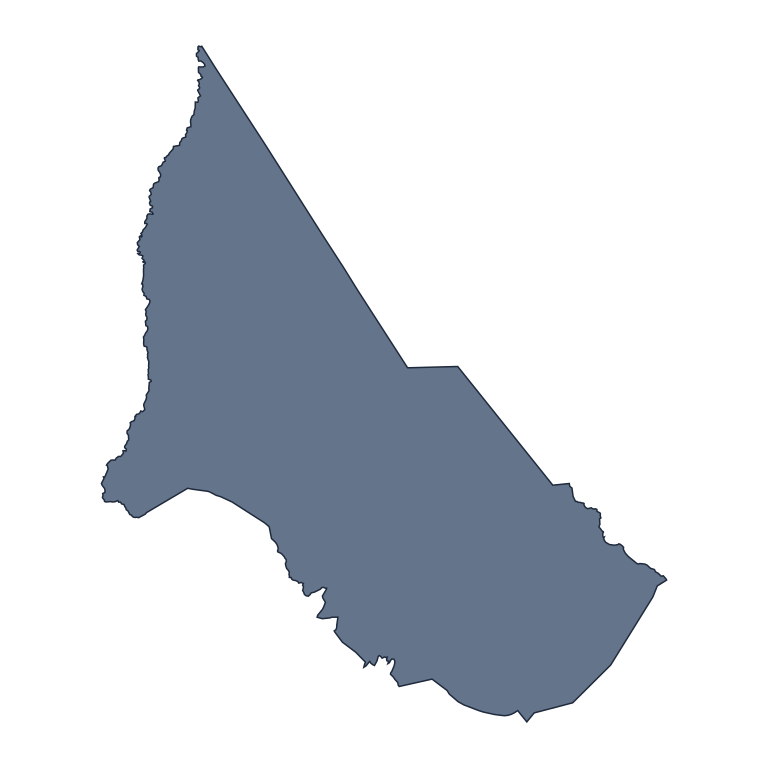 outline of Tiaty, Rift Valley, Kenya
{"feature_id": "3690345B93323191576602", "entity_name": "Tiaty", "entity_type": "district", "adm_level": 2, "iso_a3": "KEN", "parent_name": "Kenya", "parent_adm1": "Rift Valley", "projection": "mercator", "projection_center": [35.941, 1.145], "detail": "fine", "context": "isolated", "style": "filled", "palette": "slate", "viewbox_px": 768, "rotation_deg": 0, "n_neighbors": 0, "source": "geoboundaries", "source_scale": "gbopen_adm2", "svg_char_len": 6089}
<svg xmlns="http://www.w3.org/2000/svg" viewBox="0 0 768 768"><path d="M363.8,667.3L366.0,665.9L369.7,661.4L370.8,663.2L372.8,664.7L374.5,665.5L377.0,660.9L378.2,656.5L379.1,655.6L380.6,656.3L382.1,658.2L384.4,657.0L386.0,657.5L387.2,657.2L386.6,659.1L386.8,660.7L388.7,661.4L387.9,663.6L389.5,662.6L390.4,660.7L391.8,659.0L393.9,659.2L394.9,661.5L394.6,663.8L394.1,665.9L391.8,671.4L390.7,672.9L390.5,674.3L393.4,677.1L394.9,679.4L397.8,682.6L398.2,685.1L399.2,686.5L432.0,679.1L447.0,690.4L449.4,694.2L458.1,701.7L464.1,705.0L478.8,710.6L483.2,712.0L494.5,714.5L500.6,715.3L504.5,715.7L508.1,715.3L511.0,714.4L514.2,712.9L517.7,710.6L526.8,721.9L534.2,712.9L572.7,702.8L610.7,665.0L652.9,596.9L657.3,585.9L666.6,580.1L666.1,579.0L663.3,575.8L661.2,576.2L658.1,573.2L655.6,571.9L654.4,569.5L650.5,568.3L647.2,565.2L645.0,564.1L639.8,563.5L638.3,564.1L636.5,563.2L628.2,556.4L625.2,553.0L623.3,549.2L623.6,547.4L622.6,546.2L620.4,544.4L618.9,543.8L617.9,544.6L614.4,545.2L609.4,544.5L605.7,542.3L604.3,540.3L603.7,538.4L604.3,537.0L603.4,537.4L602.9,536.7L602.7,534.0L603.4,532.2L603.2,531.6L602.4,531.4L598.9,526.7L599.9,524.4L599.6,518.7L600.9,518.0L600.3,516.1L600.3,513.4L599.7,512.7L597.1,511.5L596.9,509.4L596.3,509.1L595.4,508.8L593.7,509.0L592.4,508.6L591.3,507.8L587.7,508.7L586.0,507.8L584.9,506.7L583.9,504.6L584.1,503.6L583.7,503.2L582.5,502.9L581.9,503.1L580.8,502.5L577.9,502.2L577.0,501.4L575.5,501.4L573.1,496.4L572.0,488.5L571.7,487.7L571.1,487.5L569.7,486.1L569.3,483.5L552.8,485.2L457.7,366.5L407.6,367.8L357.5,290.0L343.1,266.8L322.3,234.7L265.9,145.7L216.7,69.9L201.8,46.3L201.4,46.7L200.7,46.7L198.7,46.1L198.0,46.8L197.9,49.7L199.1,50.4L199.1,51.0L196.4,53.7L196.5,56.2L198.1,57.4L198.2,59.5L198.9,61.2L200.1,60.9L201.1,61.2L203.2,62.6L204.5,64.2L205.0,66.0L203.0,67.0L198.7,66.9L198.4,67.5L198.5,72.3L200.8,74.6L201.0,76.2L202.4,77.1L202.4,77.6L200.8,79.0L199.3,79.7L197.9,79.9L197.6,80.4L198.7,81.6L199.1,82.7L199.3,84.0L198.5,85.7L199.6,87.4L199.6,88.1L199.1,88.9L197.8,89.8L197.7,90.4L200.5,95.9L198.0,97.7L197.9,98.4L198.3,100.2L198.1,102.0L197.6,102.3L195.3,102.0L195.2,108.1L194.3,110.9L193.9,114.6L192.0,116.3L190.7,119.6L190.5,121.9L190.9,124.7L190.9,126.7L187.2,127.9L186.5,130.2L187.2,130.8L187.0,132.5L185.5,134.8L185.9,136.7L185.5,137.2L183.3,137.8L182.0,138.6L181.2,140.8L179.8,142.5L179.5,145.4L173.5,146.4L173.1,149.0L169.4,153.1L168.4,155.1L167.3,155.6L166.0,157.3L164.5,157.7L164.3,158.2L165.3,160.8L165.1,161.4L163.2,162.1L161.5,165.7L158.8,166.7L158.0,168.1L158.2,170.3L159.5,172.0L160.5,174.1L160.7,175.4L160.2,177.2L159.2,177.3L158.8,177.9L159.1,180.6L158.3,181.8L155.0,183.0L153.8,183.8L153.5,184.4L153.2,187.5L150.2,189.3L149.6,190.3L149.8,191.0L150.7,191.7L151.2,194.5L149.2,196.3L149.1,197.2L150.7,201.4L149.8,201.9L149.5,203.1L150.3,205.3L152.4,206.1L152.5,207.7L150.1,209.0L149.8,211.5L150.3,211.9L151.0,211.8L152.1,212.2L153.1,213.8L152.8,214.3L150.1,213.9L148.6,214.0L147.8,214.3L147.4,215.0L146.8,216.2L147.0,218.3L144.7,221.9L144.8,223.5L146.4,223.5L147.0,223.8L147.2,224.3L145.4,227.5L143.1,229.9L142.4,232.1L140.9,233.5L141.9,235.1L141.9,236.5L141.3,236.9L140.7,235.9L139.6,236.4L139.3,236.9L139.9,239.4L139.7,239.9L137.3,242.6L137.6,244.7L138.1,245.4L139.3,246.4L137.2,249.9L137.2,250.4L138.0,251.7L139.3,251.4L140.1,251.9L140.2,252.6L139.9,253.1L137.9,253.7L139.2,254.9L141.4,255.2L142.7,255.7L142.8,256.4L142.0,258.4L144.0,260.2L144.1,261.0L142.9,261.8L143.3,262.4L144.7,262.0L145.3,262.4L145.4,263.2L143.6,265.1L143.5,265.8L143.8,267.4L143.5,269.1L143.6,275.7L142.9,280.4L141.7,283.9L142.5,284.0L142.9,286.4L142.1,289.0L142.4,290.6L143.1,292.0L144.1,293.2L143.9,295.4L146.0,296.3L146.9,299.0L149.1,299.4L150.0,301.0L149.6,302.9L148.4,305.3L145.4,309.7L146.3,311.9L145.7,313.7L145.9,315.7L146.9,316.9L146.9,319.8L145.4,321.2L145.9,325.7L147.5,326.4L147.9,328.7L147.2,330.9L145.5,333.2L144.7,335.2L143.4,337.1L143.8,339.1L143.6,344.1L144.2,346.3L146.1,346.6L147.1,347.5L146.9,349.4L148.0,352.7L147.5,354.3L147.7,356.0L147.4,357.6L148.8,361.6L148.6,366.1L148.8,367.9L148.2,369.6L148.5,373.9L148.0,374.7L148.4,377.2L148.3,379.1L150.8,380.0L151.3,381.3L149.3,382.4L148.8,388.8L149.0,390.7L146.2,395.1L146.6,397.4L145.8,400.0L143.9,403.9L143.7,405.4L144.8,409.4L143.7,410.8L142.4,411.7L140.8,411.0L139.9,412.8L138.8,413.9L136.7,414.3L135.8,415.3L135.7,416.3L134.9,416.4L135.0,418.4L134.1,420.7L131.7,421.6L130.2,422.6L130.5,424.4L130.2,426.7L128.9,429.5L127.2,430.7L127.0,433.2L128.4,435.2L128.7,440.0L127.2,441.3L126.7,443.4L124.7,446.2L124.7,447.7L126.4,449.2L125.9,451.2L124.3,450.6L123.0,450.7L123.4,453.2L120.7,456.5L118.5,456.4L116.3,458.1L115.0,460.2L112.9,460.0L110.9,460.2L107.7,463.3L106.5,465.1L107.3,465.4L108.1,469.1L104.9,476.8L103.4,476.9L104.0,478.5L101.4,483.5L102.3,485.5L104.5,488.4L105.1,490.7L104.7,492.6L102.7,493.5L103.0,495.6L102.4,497.4L103.2,498.8L104.3,499.9L104.5,501.4L105.9,502.0L110.5,501.6L112.6,502.0L115.2,501.7L117.8,500.6L118.6,502.1L120.5,502.2L121.6,503.9L124.0,504.5L124.7,506.4L125.8,508.0L126.3,509.8L127.8,510.7L129.8,514.5L131.5,515.2L132.5,516.6L133.7,517.2L135.1,517.5L136.7,517.2L138.6,517.7L145.2,514.2L146.5,512.6L148.4,511.5L187.7,488.3L192.3,489.2L207.6,491.3L209.7,491.9L216.1,495.3L220.7,496.7L232.1,502.0L264.7,522.9L269.2,526.8L271.5,538.6L275.1,541.9L276.8,544.2L277.9,546.9L278.2,548.9L277.6,550.4L277.7,551.8L280.7,553.2L282.1,554.3L284.4,556.9L285.0,558.3L286.2,559.5L286.3,561.5L285.4,563.7L285.9,566.2L286.8,568.7L288.1,570.1L289.3,572.1L289.0,574.4L289.4,576.0L289.3,577.4L291.2,577.6L291.7,579.1L292.9,580.0L295.7,580.6L297.9,581.6L298.7,583.1L301.3,582.5L303.4,583.6L302.6,585.2L303.5,586.9L302.7,590.6L303.8,592.5L304.4,594.4L306.0,595.7L308.3,596.2L310.1,594.6L311.2,592.9L314.5,592.1L320.4,589.2L321.9,587.5L323.6,587.4L325.0,588.1L326.6,588.2L326.6,588.9L322.4,596.1L322.9,598.1L325.4,602.4L323.7,606.8L322.5,609.3L317.7,615.2L317.1,617.2L322.3,618.7L329.9,617.9L332.0,617.2L337.9,617.2L336.7,625.6L336.7,627.5L336.0,629.6L334.2,630.9L334.9,632.2L342.4,642.2L355.8,652.3L365.4,662.1L364.6,664.2L363.8,667.3Z" fill="#64748b" stroke="#1e293b" stroke-width="1.5"/></svg>